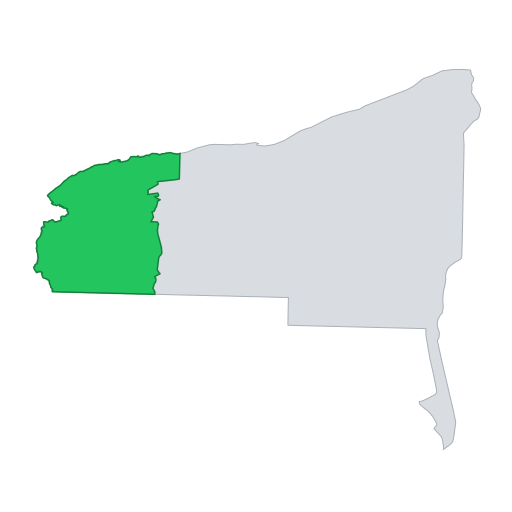 Namibia, with Karas highlighted, rotated 91°
{"feature_id": "NAM-3338", "entity_name": "Karas", "entity_type": "Region", "adm_level": 1, "iso_a3": "NAM", "parent_name": "Namibia", "parent_adm1": "", "projection": "equal_earth", "projection_center": [17.311, -26.98], "detail": "fine", "context": "in_parent", "style": "filled", "palette": "green", "viewbox_px": 512, "rotation_deg": 91, "n_neighbors": 0, "source": "natural_earth", "source_scale": "10m", "svg_char_len": 8801}
<svg xmlns="http://www.w3.org/2000/svg" viewBox="0 0 512 512"><g transform="rotate(91 256 256)"><path d="M393.5,59.4L399.5,57.9L405.3,56.4L412.0,54.9L417.3,53.7L418.7,53.4L431.5,54.8L437.1,55.8L439.1,56.7L441.6,59.2L446.2,65.2L445.0,65.0L436.3,66.3L433.0,67.9L425.6,75.0L424.0,74.1L422.3,72.6L420.8,72.2L417.5,73.9L414.3,75.9L410.7,78.8L407.7,81.6L406.8,83.2L402.1,89.0L400.6,89.9L399.2,90.3L398.7,90.1L398.2,87.6L395.4,81.7L391.0,74.0L389.7,73.3L388.8,73.0L385.4,73.4L375.7,75.5L367.4,77.4L354.8,80.5L341.3,83.0L332.9,84.6L325.7,85.0L325.6,92.6L325.5,108.0L325.4,123.3L325.3,138.6L325.2,153.9L325.1,169.2L325.0,184.4L324.9,199.6L324.8,214.8L324.7,221.5L324.5,222.9L320.4,222.9L311.1,222.9L303.2,222.9L296.9,222.9L296.9,231.9L296.8,242.5L296.7,253.2L296.7,263.8L296.6,274.4L296.5,285.0L296.5,295.6L296.4,306.2L296.3,316.7L296.3,324.7L296.3,325.6L296.2,341.1L296.0,357.4L295.9,373.6L295.8,389.9L295.7,406.1L295.5,422.3L295.4,438.4L295.3,454.6L295.2,459.7L292.4,459.6L286.8,461.6L283.3,464.1L281.7,467.3L279.6,469.2L277.1,469.8L275.9,471.4L276.2,474.0L275.2,475.9L272.9,477.3L269.3,476.9L264.2,474.7L257.8,474.2L250.0,475.4L244.3,474.8L240.9,472.7L237.3,471.4L233.4,471.1L231.2,470.2L226.7,468.6L225.8,465.8L225.2,463.7L223.9,461.5L223.8,459.7L224.8,458.3L225.0,456.1L224.2,453.1L223.0,451.6L221.2,451.7L220.1,450.5L219.6,448.1L218.6,446.3L216.0,444.4L212.7,445.8L211.1,448.0L210.2,451.2L209.4,452.9L209.0,455.7L208.8,457.6L207.9,459.7L207.0,460.5L206.1,460.1L204.4,461.0L200.7,464.0L199.6,465.7L196.5,462.7L187.6,451.7L184.5,448.8L179.8,442.1L169.4,421.1L167.9,417.0L165.9,406.8L163.6,399.3L163.3,394.9L164.4,392.4L163.7,389.1L162.5,386.1L159.0,382.1L157.9,369.0L155.5,360.4L155.9,353.4L154.7,347.0L154.6,342.9L155.1,335.0L153.1,326.0L149.2,317.2L145.6,304.4L145.1,298.9L145.3,283.8L144.6,277.7L144.6,270.4L143.2,262.9L142.6,258.8L143.5,255.6L144.1,256.6L145.1,257.1L145.7,252.8L145.9,249.0L144.1,239.6L140.1,229.9L130.3,214.2L127.9,208.2L126.5,203.3L115.5,182.5L110.7,167.8L107.4,155.1L103.8,149.2L87.1,107.9L83.4,101.3L76.8,93.4L75.2,90.7L72.6,83.2L67.6,73.1L66.3,63.6L65.8,52.9L66.4,44.7L70.8,43.8L73.9,41.6L76.8,41.5L79.6,43.2L82.5,43.3L83.7,43.0L89.0,43.3L92.0,41.3L95.6,39.3L97.7,37.6L100.6,35.8L104.5,34.0L106.7,34.2L109.4,34.8L113.0,35.5L115.0,36.7L117.5,40.6L121.2,44.1L124.0,46.1L127.2,48.9L128.1,49.9L129.5,50.5L130.4,50.7L136.2,50.3L141.5,49.9L147.2,49.9L158.0,49.9L168.8,49.9L179.5,50.0L190.3,50.0L201.0,50.0L211.8,50.0L222.5,50.0L233.3,50.1L237.7,50.1L245.4,50.2L253.5,50.3L254.4,50.5L255.3,51.3L256.0,52.0L258.8,56.8L262.5,61.8L265.5,64.2L269.1,65.6L272.5,66.1L275.7,65.8L281.0,66.4L288.3,68.0L296.0,68.5L303.9,67.9L309.5,68.7L312.7,71.2L316.0,72.9L319.3,73.7L323.9,73.2L329.7,71.3L334.6,71.6L336.8,73.0L338.2,73.0L346.7,71.0L353.5,69.4L363.7,66.9L372.2,64.8L384.7,61.6L393.5,59.4Z" fill="#d9dde1" stroke="#a8b0b8" stroke-width="1"/><path d="M221.2,451.9L220.3,451.7L219.7,450.9L219.6,449.2L219.7,448.4L219.7,447.6L219.4,446.9L218.7,446.7L218.2,446.4L217.9,445.7L217.5,445.0L217.2,444.4L216.9,444.3L216.6,444.3L216.1,444.4L215.7,444.6L214.8,445.4L214.1,445.2L213.8,445.3L213.4,445.8L213.1,446.0L212.8,445.9L212.5,445.5L212.3,445.4L212.2,445.6L211.7,446.2L211.6,446.3L211.4,449.2L211.2,449.5L211.0,449.4L210.5,449.4L210.4,449.3L210.1,449.4L210.1,449.6L210.1,449.8L210.6,450.5L210.6,450.8L210.2,450.9L209.6,450.9L209.5,451.0L209.4,451.4L209.5,451.6L209.7,452.0L209.8,452.4L209.8,452.9L209.5,453.1L209.2,453.0L209.0,452.8L208.7,452.6L208.3,452.9L208.1,453.6L208.3,454.3L208.4,454.9L209.0,455.9L209.2,456.6L208.9,456.9L208.5,457.2L208.4,457.9L208.4,458.7L208.3,459.3L208.0,460.0L207.5,460.7L207.0,461.3L206.5,461.2L206.4,460.9L206.3,460.4L206.2,460.0L206.0,459.8L205.7,460.0L203.6,462.4L202.6,462.8L201.9,463.2L201.2,463.8L200.7,464.0L200.2,464.5L199.9,465.0L199.5,465.4L198.8,465.3L198.5,465.0L196.9,463.4L196.0,462.3L195.6,461.6L192.7,458.1L192.2,457.9L192.0,457.6L190.4,455.0L188.6,452.6L185.0,449.5L184.3,448.7L182.9,446.6L180.9,444.7L180.6,444.2L179.7,442.6L178.8,441.5L178.7,441.2L178.6,440.8L178.8,440.1L178.9,439.7L178.5,438.6L177.8,437.4L175.0,434.2L174.7,433.5L174.5,432.7L174.5,430.8L174.5,430.5L174.3,430.0L171.7,425.1L171.2,423.9L170.9,423.3L170.5,423.1L170.2,422.7L169.4,420.8L168.3,419.1L168.1,418.7L167.7,415.8L167.6,415.5L167.4,415.2L167.2,414.9L167.2,414.5L167.3,413.0L167.0,410.6L167.1,410.1L166.6,408.8L166.4,408.1L166.4,407.2L166.4,405.7L166.2,405.0L165.8,404.4L165.6,404.3L165.1,404.2L164.9,404.1L164.6,403.6L164.4,403.2L164.2,402.4L164.0,401.8L163.1,399.6L163.0,398.9L163.1,398.0L162.8,397.2L162.4,396.5L162.2,395.9L162.1,395.0L162.2,394.3L162.4,393.8L162.8,393.6L163.1,393.5L163.4,393.4L163.6,393.4L163.7,393.8L163.7,395.1L163.9,395.1L164.0,394.4L164.5,392.5L164.5,392.1L164.3,391.6L163.8,389.4L163.4,387.2L162.7,385.9L161.8,384.7L160.8,383.9L159.2,383.1L158.9,382.7L158.7,379.9L158.8,377.1L158.2,376.1L158.1,375.9L158.2,375.4L158.4,375.4L158.6,375.5L158.9,375.4L159.2,374.2L159.2,372.6L158.9,371.1L158.5,369.9L157.2,367.4L157.1,366.2L157.5,364.8L157.3,364.8L155.9,362.8L155.4,361.8L155.3,361.4L155.3,361.1L155.4,360.6L155.4,357.7L155.5,356.9L156.3,355.0L156.4,354.4L156.3,353.6L156.2,352.9L155.6,352.1L155.4,351.2L155.3,349.5L154.6,347.3L154.5,345.6L154.2,344.2L154.1,343.5L155.0,340.7L154.9,340.3L155.4,337.7L155.5,336.2L155.2,334.8L154.8,333.8L180.3,334.0L181.0,337.0L183.3,355.1L183.4,355.5L183.5,355.8L183.8,355.8L184.1,355.7L185.1,355.3L185.4,355.2L185.8,355.2L186.1,355.5L186.4,355.9L191.9,365.0L192.3,365.4L192.7,365.3L193.0,365.2L193.4,364.9L193.9,364.8L194.6,364.9L195.8,365.4L196.2,365.4L196.4,365.1L194.9,356.0L194.9,355.7L194.9,355.3L195.2,355.1L195.5,355.0L196.8,354.5L197.2,354.4L197.5,354.6L197.8,354.8L198.1,355.1L198.2,355.3L198.3,355.5L198.1,355.7L198.0,356.0L198.0,356.3L198.5,358.1L199.6,357.0L200.0,356.3L201.1,353.6L201.4,352.9L201.6,353.0L201.9,353.3L202.5,354.9L202.7,355.2L203.0,355.4L203.3,355.4L203.8,355.3L208.6,356.5L208.8,356.7L209.3,357.0L210.0,357.6L211.2,357.7L212.4,358.3L213.2,358.8L213.4,359.2L213.5,359.6L213.6,360.1L213.6,360.5L213.8,360.7L214.3,360.6L216.4,359.9L217.2,359.9L218.6,359.2L219.1,359.3L223.6,361.6L223.7,355.3L224.3,354.8L225.1,354.4L225.6,354.1L225.8,354.0L226.0,354.0L226.6,354.4L231.9,355.0L235.5,354.6L248.7,350.8L254.8,350.2L256.7,351.3L257.3,352.0L259.4,353.2L271.3,354.5L271.8,354.3L274.2,352.8L274.8,352.1L275.1,351.9L275.3,351.7L275.6,351.9L275.7,352.1L278.1,356.5L278.4,356.9L278.6,357.0L278.9,356.8L279.8,356.0L280.0,355.8L280.7,355.7L282.0,355.7L283.5,355.9L284.2,356.2L284.9,356.9L285.3,357.1L285.7,357.3L288.3,357.9L289.5,358.5L289.8,358.6L290.4,358.3L293.5,356.6L293.9,356.4L294.4,356.4L294.8,356.8L296.1,356.5L296.1,358.1L296.1,360.2L296.0,362.2L296.0,364.3L296.0,366.3L296.0,368.4L296.0,370.4L296.0,372.5L296.0,374.5L295.9,376.6L295.9,378.6L295.9,380.7L295.9,382.7L295.9,384.8L295.9,386.8L295.8,388.9L295.8,390.9L295.8,393.0L295.8,395.0L295.8,397.1L295.8,399.1L295.8,401.1L295.7,403.2L295.7,405.2L295.7,407.3L295.7,409.3L295.7,411.4L295.7,413.4L295.6,415.4L295.6,417.5L295.6,419.5L295.6,421.6L295.6,423.6L295.6,425.6L295.5,427.7L295.5,429.7L295.5,431.7L295.5,433.8L295.5,435.8L295.5,437.8L295.4,439.9L295.4,441.9L295.4,443.9L295.4,446.0L295.4,448.0L295.4,450.0L295.4,452.0L295.3,454.1L295.3,456.1L295.3,457.5L295.3,458.6L294.4,458.9L294.1,458.9L293.3,458.8L293.0,458.8L292.2,459.3L291.0,460.6L290.2,460.8L288.9,460.9L288.3,461.2L287.8,461.7L287.3,462.0L284.6,462.2L284.3,462.3L284.0,462.5L283.9,462.8L283.7,463.1L283.5,463.4L283.3,463.7L283.1,464.4L282.9,464.5L282.7,464.6L282.5,465.0L281.7,467.9L281.4,468.4L280.9,468.8L280.4,469.1L278.2,469.8L277.8,470.0L277.5,469.9L276.9,469.3L276.5,469.3L276.1,469.7L275.8,470.2L275.3,471.2L275.2,472.0L275.4,472.8L276.4,474.8L276.4,475.2L276.1,475.5L275.2,475.6L274.7,476.3L274.5,476.5L272.9,477.5L271.8,477.9L270.8,478.0L270.3,477.3L270.2,477.1L269.9,477.0L269.0,476.9L268.8,476.8L268.5,476.4L267.8,475.2L267.4,474.7L261.7,473.7L256.5,474.6L255.6,475.2L255.0,475.4L254.8,475.4L254.5,475.0L254.4,474.9L254.2,474.9L254.0,475.1L253.9,475.2L253.3,475.3L253.0,475.4L252.8,475.6L252.3,475.8L251.6,475.7L250.5,475.2L249.9,475.1L247.5,475.5L246.6,475.9L246.1,475.9L243.8,475.0L242.8,474.4L241.1,472.7L240.2,472.1L239.2,471.6L234.7,470.4L233.8,470.5L233.6,470.6L233.0,471.1L232.8,471.2L232.4,471.2L231.5,471.0L231.0,470.6L230.8,469.9L230.9,469.0L230.7,468.3L230.3,467.9L229.8,468.0L229.3,468.3L228.8,468.5L227.7,468.6L226.5,469.0L225.5,468.8L225.4,467.7L225.7,466.2L225.9,464.8L225.6,464.0L224.6,463.6L224.4,463.0L224.3,462.1L223.5,461.0L223.3,460.3L223.4,459.8L223.8,459.3L224.2,459.0L224.7,458.8L225.1,458.5L225.4,457.6L225.4,456.6L225.4,455.9L225.2,455.5L224.8,454.8L224.6,454.4L224.5,454.0L224.5,453.6L224.4,453.2L224.1,452.8L224.0,452.4L224.0,452.0L223.9,451.6L223.6,451.4L222.9,451.4L221.2,451.9Z" fill="#22c55e" stroke="#15803d" stroke-width="1.5"/></g></svg>